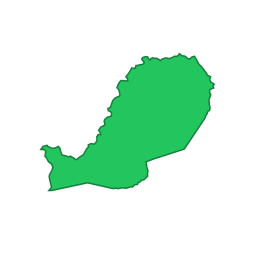 Arroio dos Ratos, Rio Grande do Sul, Brazil, rotated 216°
{"feature_id": "56859067B98518446358605", "entity_name": "Arroio dos Ratos", "entity_type": "district", "adm_level": 2, "iso_a3": "BRA", "parent_name": "Brazil", "parent_adm1": "Rio Grande do Sul", "projection": "albers", "projection_center": [-51.722, -30.177], "detail": "fine", "context": "isolated", "style": "filled", "palette": "green", "viewbox_px": 256, "rotation_deg": 216, "n_neighbors": 0, "source": "geoboundaries", "source_scale": "gbopen_adm2", "svg_char_len": 2224}
<svg xmlns="http://www.w3.org/2000/svg" viewBox="0 0 256 256"><g transform="rotate(216 128 128)"><path d="M185.9,59.4L184.2,60.5L182.8,61.5L180.8,60.7L179.7,58.6L178.5,56.3L176.1,55.8L172.8,54.1L170.9,53.9L168.9,54.0L165.8,52.3L164.8,49.4L164.3,47.3L164.3,45.4L163.5,42.7L161.9,41.1L160.8,39.9L154.9,35.1L155.3,30.9L153.1,32.5L128.5,59.9L104.0,70.4L102.7,72.2L100.7,72.8L97.5,76.2L93.8,78.4L91.5,81.8L89.6,83.1L89.1,86.2L87.2,87.9L87.5,89.9L86.5,91.8L86.3,93.5L84.6,95.9L83.8,100.6L85.5,102.6L86.8,105.3L89.1,106.8L90.6,108.3L93.5,111.2L88.9,118.3L70.1,144.0L71.3,174.7L71.6,181.9L72.4,183.5L72.4,186.1L73.2,188.5L72.4,190.0L73.1,192.0L74.4,193.5L76.1,194.8L77.2,196.6L79.0,197.9L80.6,203.6L82.9,204.7L84.3,206.9L83.4,209.0L82.2,210.7L84.0,212.0L83.9,214.0L85.5,214.1L87.5,213.8L89.0,214.4L90.4,215.2L91.2,217.9L92.7,217.8L94.8,217.3L96.7,218.5L99.1,219.1L102.1,220.1L105.3,221.0L107.3,221.1L108.8,221.6L116.3,225.1L118.0,223.2L118.4,220.5L120.5,219.1L123.2,219.7L124.7,219.4L126.8,218.1L128.4,218.3L130.1,218.3L130.0,216.2L130.9,214.3L132.6,213.4L133.5,211.3L135.0,208.7L136.5,208.0L138.6,206.9L141.1,203.6L141.1,201.7L143.7,201.6L146.0,201.2L147.4,199.8L149.0,199.6L150.3,197.7L149.9,196.1L151.7,196.0L154.0,197.1L155.5,196.3L157.5,193.7L157.4,191.7L155.8,191.3L154.1,190.9L153.0,189.5L153.8,187.7L155.4,186.4L156.6,184.7L158.3,183.2L157.2,180.7L158.7,179.5L160.4,178.7L160.0,177.1L159.8,174.8L159.6,172.7L159.7,170.4L159.7,168.1L157.4,167.6L155.9,166.1L157.2,164.9L159.6,163.6L161.6,162.2L161.8,159.5L161.4,156.7L160.6,154.1L158.6,153.8L157.0,152.8L155.6,151.5L154.3,150.5L153.6,149.0L154.8,147.0L156.1,144.6L156.4,141.6L155.9,139.2L155.3,137.3L154.4,134.2L155.7,132.0L154.1,130.4L151.8,131.0L149.8,130.2L148.6,127.4L151.0,124.7L151.9,121.1L151.1,119.3L148.3,117.0L150.5,112.9L150.5,108.9L148.2,108.2L146.2,106.7L148.3,105.1L148.0,102.2L146.8,101.3L145.6,98.7L145.6,95.2L148.7,93.7L150.2,91.0L148.8,89.2L149.2,87.3L149.0,84.7L148.4,80.4L150.6,74.5L150.5,72.6L152.4,71.6L154.7,71.9L156.4,71.3L157.8,71.6L159.0,69.7L161.4,69.1L163.3,68.3L165.8,67.4L169.3,70.0L171.3,71.7L173.5,72.2L174.7,69.7L176.1,68.0L178.2,66.7L181.9,66.0L183.3,66.4L185.9,63.2L185.9,59.4Z" fill="#22c55e" stroke="#15803d" stroke-width="1.5"/></g></svg>